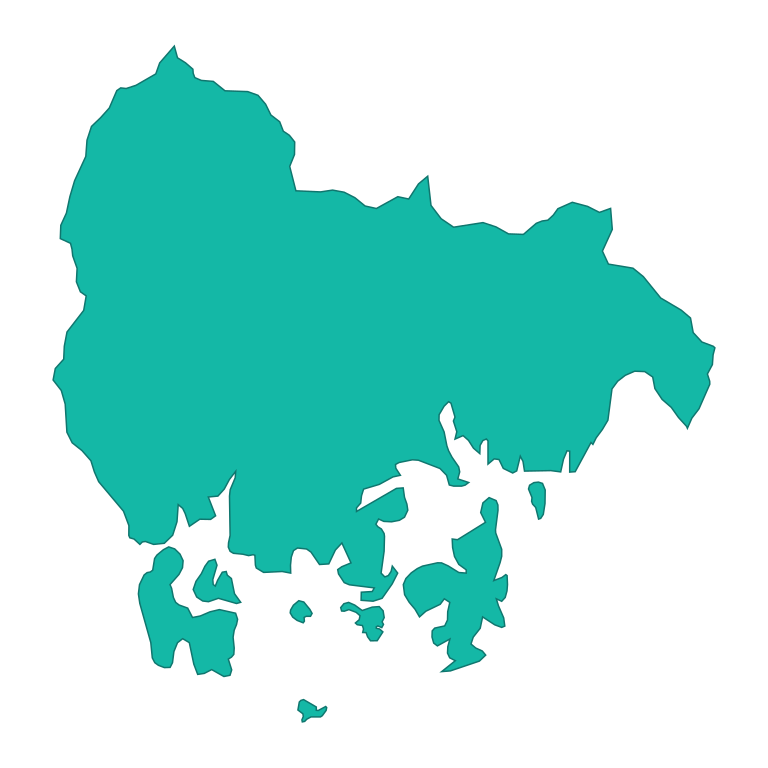 the Province of South Gyeongsang
{"feature_id": "KOR-2505", "entity_name": "South Gyeongsang", "entity_type": "Province", "adm_level": 1, "iso_a3": "KOR", "parent_name": "South Korea", "parent_adm1": "", "projection": "equal_earth", "projection_center": [128.367, 35.249], "detail": "fine", "context": "isolated", "style": "filled", "palette": "teal", "viewbox_px": 768, "rotation_deg": 0, "n_neighbors": 0, "source": "natural_earth", "source_scale": "10m", "svg_char_len": 6093}
<svg xmlns="http://www.w3.org/2000/svg" viewBox="0 0 768 768"><path d="M592.9,444.4L591.0,442.5L575.2,471.7L569.7,472.1L569.7,451.2L567.0,450.8L563.5,459.2L560.7,471.9L550.8,470.6L524.5,471.1L523.0,461.4L520.3,456.2L516.7,470.9L512.7,473.0L503.3,468.4L499.0,459.5L494.2,458.9L488.0,464.1L488.0,440.9L486.4,439.0L482.9,440.5L480.1,445.4L479.8,453.6L473.5,448.2L468.5,440.4L463.1,435.6L455.0,439.1L456.8,431.7L453.4,421.0L455.0,417.1L451.0,403.2L448.6,401.7L444.1,406.2L439.1,414.7L439.0,420.4L444.1,431.9L446.9,445.9L448.6,450.8L452.0,457.2L458.7,466.9L459.7,471.9L457.8,478.9L468.7,482.5L465.2,485.1L461.7,486.1L453.6,486.1L449.3,485.0L446.6,475.3L440.0,468.5L418.4,460.2L412.4,459.8L399.1,462.5L395.5,464.5L395.8,468.2L400.4,475.3L393.0,476.9L379.3,484.4L363.6,489.1L361.5,495.8L360.7,503.1L356.5,507.9L356.5,511.5L396.4,488.4L403.2,487.9L404.5,497.3L406.9,504.1L407.8,510.2L404.5,517.2L399.4,520.3L391.6,521.8L383.8,521.4L378.6,519.0L375.9,524.2L377.8,526.7L381.4,529.0L384.1,533.5L384.5,536.3L384.1,551.3L381.1,573.1L384.8,576.9L388.3,575.6L391.1,571.4L392.3,566.1L397.7,573.1L392.2,583.9L382.1,598.3L373.1,601.2L361.1,600.3L361.3,592.2L372.3,591.5L374.3,587.9L349.4,584.8L344.2,582.6L338.5,573.9L337.7,569.6L341.8,566.7L351.0,562.9L341.9,543.0L335.4,550.0L328.8,563.9L319.5,564.5L311.0,552.1L306.6,549.0L297.5,548.0L293.5,550.6L291.3,557.1L290.5,565.2L290.7,573.1L282.2,571.5L263.6,572.4L256.3,568.0L255.4,565.1L254.9,555.3L253.1,554.7L248.6,555.6L242.8,554.2L233.4,553.3L230.1,551.3L228.3,547.1L228.5,542.9L230.1,535.4L229.5,496.1L230.2,489.7L235.2,477.8L235.7,471.3L229.4,479.5L224.3,489.0L217.9,496.1L208.3,497.0L215.6,515.8L210.6,519.4L199.8,519.2L189.4,526.3L185.2,513.6L182.7,508.4L178.2,504.6L177.0,521.7L172.7,535.2L164.3,543.3L153.6,544.4L145.5,541.5L142.4,541.9L139.9,544.4L134.0,539.0L129.8,537.8L128.8,535.4L128.9,525.6L123.5,511.2L98.7,481.7L94.4,471.9L90.9,460.7L82.0,450.6L72.2,442.8L66.9,432.2L65.2,404.1L61.3,390.5L53.1,380.0L55.3,368.5L63.7,359.2L64.3,346.2L67.0,332.0L83.7,310.4L86.2,295.9L80.4,291.8L76.4,281.8L77.1,268.3L72.7,255.8L72.0,249.1L70.5,243.3L60.3,238.6L60.8,225.3L66.4,213.1L69.9,196.6L74.6,180.7L85.8,156.4L87.0,140.2L91.5,126.4L100.6,117.7L109.3,108.0L116.8,90.6L120.7,87.9L126.2,88.5L136.0,85.3L155.8,73.9L159.7,62.9L174.3,46.1L177.5,57.8L185.5,62.8L192.9,69.2L193.2,73.3L194.8,77.6L201.3,80.4L213.3,81.4L225.0,90.8L247.7,91.6L258.0,95.3L265.6,104.2L270.9,115.0L279.7,121.8L283.3,131.2L289.4,135.3L294.7,142.0L294.5,154.5L289.7,166.4L295.9,190.8L320.5,191.9L332.6,190.1L344.1,192.2L354.9,197.7L365.1,206.0L376.4,208.5L397.8,196.7L408.7,199.0L418.5,183.9L427.7,176.2L431.0,205.4L441.1,218.7L453.6,227.2L483.0,222.6L496.0,226.9L508.5,233.9L523.4,234.4L536.3,223.3L542.1,221.0L547.8,220.2L553.3,215.1L557.9,208.7L572.3,202.3L587.6,206.4L599.4,212.4L610.6,208.4L612.3,229.4L602.4,251.1L608.4,264.1L633.0,268.2L643.4,276.7L660.7,298.0L681.3,310.2L690.5,318.0L693.2,332.6L701.9,342.0L713.3,346.3L714.9,347.8L713.1,354.8L712.4,364.6L707.4,374.0L709.7,381.2L709.8,384.2L699.0,408.8L691.9,418.1L687.4,428.3L686.6,426.4L678.5,417.5L671.3,407.4L662.1,399.4L654.9,388.6L652.7,377.0L644.8,371.6L634.7,371.2L625.3,375.3L617.7,381.2L612.0,388.9L607.9,420.2L602.3,429.6L596.2,437.8L592.9,444.4ZM507.5,584.6L507.0,590.9L505.2,597.5L501.7,601.3L496.3,598.8L498.5,605.9L503.7,617.9L504.8,626.1L501.7,627.4L494.7,624.8L482.6,616.9L480.2,628.3L473.2,637.2L471.0,644.0L475.7,648.0L482.3,651.0L485.7,655.1L479.4,661.1L450.4,670.9L441.7,671.6L455.3,660.7L449.7,657.8L447.5,653.1L447.8,646.7L449.9,639.0L437.4,645.9L433.7,643.1L432.0,637.0L432.2,630.9L434.7,628.1L444.7,625.9L447.5,620.0L447.7,611.7L449.8,602.4L444.3,598.8L440.2,604.3L425.9,611.2L419.5,616.9L415.0,609.2L409.2,602.3L404.6,594.7L403.3,584.6L405.9,578.5L411.2,572.9L417.3,568.6L422.5,566.1L437.5,562.8L441.6,562.9L448.2,565.9L458.8,572.5L466.2,573.1L466.2,569.8L458.8,564.4L454.5,556.5L452.6,547.5L452.2,539.0L457.5,539.7L485.5,522.3L480.7,512.6L482.9,502.9L489.1,497.6L496.1,500.6L497.9,505.0L498.0,510.2L495.5,529.8L495.7,532.9L501.7,549.3L501.7,556.3L500.1,562.6L493.8,580.6L501.9,577.5L505.8,574.6L507.1,575.6L507.5,584.6ZM235.6,613.2L237.6,619.3L236.5,624.6L234.2,630.2L233.1,637.2L234.2,648.1L233.8,654.4L231.5,657.1L228.3,659.1L231.7,669.9L230.0,675.3L223.9,676.5L211.7,669.6L204.3,673.4L197.7,674.4L193.8,664.1L189.3,642.6L182.7,638.7L177.5,642.7L173.9,651.6L172.5,662.7L170.1,667.4L164.4,667.6L158.4,665.3L154.8,662.7L152.3,657.9L150.8,642.6L139.8,603.4L138.4,593.9L139.5,584.6L144.1,575.0L147.1,572.6L150.3,572.0L152.7,570.2L154.6,558.5L156.9,555.1L163.4,549.7L168.7,546.9L174.7,548.9L180.0,554.1L183.1,560.7L182.5,567.7L179.0,574.4L170.0,584.6L171.6,588.3L173.4,597.5L175.7,602.4L179.1,605.0L187.7,608.1L192.5,617.5L200.2,616.0L210.1,611.8L219.4,609.6L235.6,613.2ZM234.5,593.7L240.7,602.3L236.5,603.5L218.4,598.3L208.5,601.7L202.7,601.0L196.7,597.0L193.2,589.5L196.0,581.3L201.4,573.6L204.9,566.3L208.6,561.2L214.9,559.3L217.0,565.2L212.8,579.6L213.2,584.5L215.3,586.1L217.6,580.3L222.3,572.2L226.2,571.5L227.3,575.2L231.4,578.5L234.5,593.7ZM362.2,610.5L372.2,607.1L379.2,606.6L383.1,610.8L384.2,617.6L382.1,621.9L383.5,624.4L381.8,627.6L377.8,625.9L376.2,626.9L376.3,628.3L379.6,629.0L382.9,631.9L377.2,640.7L370.5,640.8L367.6,636.8L366.1,632.6L362.7,632.5L363.5,629.0L362.4,625.5L357.2,624.7L355.4,623.0L359.2,619.7L360.0,615.7L356.1,612.3L348.9,609.6L344.3,611.2L341.6,611.0L340.7,607.6L343.9,603.7L348.6,602.4L354.8,605.1L362.2,610.5ZM545.0,503.5L543.3,514.4L540.7,518.4L538.6,519.1L535.7,507.5L532.6,504.1L531.6,501.3L532.0,497.6L528.5,489.0L529.6,485.2L533.9,482.6L538.5,482.1L542.5,483.4L545.2,490.0L545.0,503.5ZM325.7,706.5L326.7,707.6L326.1,710.5L322.3,715.7L320.5,716.9L311.0,716.9L306.8,719.2L304.7,721.4L302.3,721.9L301.9,719.9L303.3,716.5L302.9,713.8L297.9,710.0L299.3,702.0L300.9,700.4L303.6,699.6L316.3,707.0L316.3,710.3L318.2,710.5L325.7,706.5ZM303.8,602.0L309.8,609.3L312.1,613.4L310.5,616.3L306.2,616.3L304.1,617.4L304.4,621.2L303.2,622.8L297.1,620.4L292.7,617.1L290.2,612.9L290.6,610.0L293.4,605.2L298.8,600.7L303.8,602.0Z" fill="#14b8a6" stroke="#0f766e" stroke-width="1.5"/></svg>